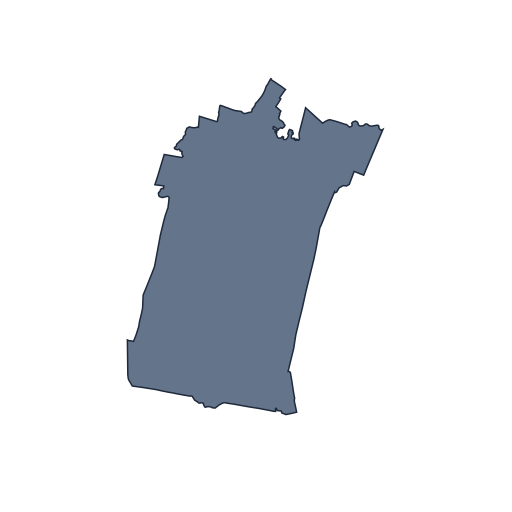 the district of Izvoru, Arges, Romania, rotated 135°
{"feature_id": "2599482B92103311949718", "entity_name": "Izvoru", "entity_type": "district", "adm_level": 2, "iso_a3": "ROU", "parent_name": "Romania", "parent_adm1": "Arges", "projection": "equal_earth", "projection_center": [25.054, 44.498], "detail": "fine", "context": "isolated", "style": "filled", "palette": "slate", "viewbox_px": 512, "rotation_deg": 135, "n_neighbors": 0, "source": "geoboundaries", "source_scale": "gbopen_adm2", "svg_char_len": 5953}
<svg xmlns="http://www.w3.org/2000/svg" viewBox="0 0 512 512"><g transform="rotate(135 256 256)"><path d="M249.1,392.7L269.0,382.0L277.1,377.9L271.6,370.7L273.8,369.1L274.7,370.3L276.2,370.6L278.3,369.6L279.1,369.5L279.6,369.8L280.7,369.4L282.2,367.1L282.1,365.9L281.0,363.7L279.8,362.8L278.4,362.0L276.5,360.9L275.9,359.8L276.2,358.4L277.0,358.1L278.7,356.6L284.6,352.0L285.0,352.0L291.7,348.7L296.1,346.2L308.7,338.5L323.1,328.6L334.6,320.7L336.3,319.8L340.1,318.1L353.3,312.4L361.7,308.9L363.2,308.3L363.4,308.2L373.1,299.3L378.0,296.1L381.8,293.8L384.6,292.1L389.2,288.8L396.8,284.9L403.0,282.2L404.3,284.3L405.9,286.3L406.3,287.6L429.9,263.4L431.0,262.2L432.4,260.4L432.9,259.8L433.4,258.9L434.0,257.0L434.1,256.6L435.4,251.5L429.4,243.6L421.4,232.6L417.3,226.2L415.8,224.0L414.6,222.1L411.1,217.2L410.4,216.0L405.1,208.3L401.7,203.5L401.1,203.3L400.8,203.0L400.6,202.5L400.3,201.4L400.7,200.5L400.7,200.1L401.3,197.4L400.9,195.8L400.7,194.5L400.5,194.2L400.5,192.8L400.3,192.4L400.1,192.0L399.4,191.4L398.6,191.1L398.1,190.6L397.9,190.2L397.4,188.9L398.1,188.2L399.0,185.5L398.6,184.7L397.7,184.4L395.9,182.9L394.4,180.7L394.3,179.8L394.0,179.3L392.3,177.3L390.7,177.2L389.0,176.9L387.9,176.9L384.0,175.7L382.2,174.8L379.2,170.6L376.7,167.3L368.3,155.2L361.7,146.1L356.5,138.5L353.4,133.8L352.0,132.2L350.0,134.4L349.6,134.3L349.4,133.7L350.1,132.0L349.9,131.1L348.9,129.9L347.7,128.7L348.3,127.7L348.7,126.9L348.6,126.1L347.9,125.1L347.7,124.3L347.1,122.9L346.6,122.7L346.5,122.4L342.2,119.6L337.7,116.8L333.5,123.2L332.6,124.8L330.7,127.2L329.4,127.9L325.9,133.0L319.1,142.2L314.0,149.4L314.1,150.1L314.3,151.3L314.9,151.7L308.7,155.5L294.5,164.1L283.6,172.1L271.1,179.8L260.1,186.4L245.6,195.7L217.2,212.9L208.8,218.4L201.3,223.6L194.5,228.3L194.2,228.5L191.8,230.2L190.5,231.0L188.8,231.5L182.3,234.2L174.0,237.9L164.8,241.8L163.4,242.4L155.4,245.7L155.8,245.1L153.8,244.2L149.0,245.4L144.5,244.1L142.5,241.5L139.4,240.7L126.8,246.4L122.7,237.0L117.5,239.2L76.6,255.8L78.6,256.4L78.8,258.8L78.2,260.2L77.4,260.7L77.2,262.0L78.2,263.1L80.5,264.7L82.6,266.2L83.8,267.9L84.0,270.4L85.1,271.9L88.2,272.3L90.6,274.5L90.9,276.5L90.1,277.5L89.6,279.0L90.2,281.1L92.7,282.3L94.5,282.2L95.4,280.4L97.0,280.2L98.8,281.1L99.0,284.1L99.0,284.9L99.5,285.5L100.7,287.7L100.9,288.2L103.5,293.3L105.5,296.9L107.5,300.3L108.8,301.0L109.3,301.3L111.7,302.1L115.0,302.9L116.1,325.8L117.3,325.0L138.6,312.4L140.0,311.1L142.9,307.6L143.2,307.9L143.4,308.0L143.6,307.9L143.9,307.9L144.1,308.0L144.3,308.0L144.4,308.4L144.4,308.5L144.2,308.9L144.2,309.0L144.3,309.1L144.7,308.9L144.9,308.9L145.0,309.0L144.9,309.2L144.8,309.5L144.6,309.6L144.6,309.8L144.9,309.8L145.5,309.8L145.8,309.7L146.1,309.7L146.2,309.9L146.2,310.1L146.0,310.4L145.8,310.7L145.7,310.8L145.9,311.0L146.1,311.0L146.5,310.9L146.6,311.0L146.7,311.3L146.5,311.5L146.2,311.7L145.8,311.6L145.6,311.8L145.6,312.3L146.0,312.6L146.7,313.0L147.2,313.5L147.6,314.2L146.8,315.4L145.6,316.0L144.6,316.3L143.7,316.0L143.3,316.1L142.6,316.8L142.6,317.0L143.2,317.5L143.1,317.9L142.8,318.1L142.4,318.1L141.9,318.3L141.7,318.5L141.7,319.2L141.8,319.9L142.3,320.1L142.6,321.6L143.9,321.6L147.2,319.8L147.3,319.4L147.3,318.4L150.3,317.2L152.4,317.2L154.1,318.9L153.8,320.0L153.0,320.2L152.4,320.6L152.4,320.8L152.8,320.9L153.1,321.2L153.0,321.9L153.3,321.9L154.9,321.8L156.8,323.5L156.7,324.9L155.8,327.3L155.0,328.4L155.0,329.8L154.7,330.5L154.0,330.7L153.7,330.7L153.8,330.3L154.3,329.9L154.3,329.5L154.1,329.3L154.1,328.9L154.2,328.6L153.8,328.9L153.9,329.1L153.8,329.8L153.5,329.9L153.4,329.9L153.1,329.8L152.9,329.6L152.7,329.7L152.8,330.0L152.9,330.4L152.9,330.5L153.0,330.5L153.2,330.4L153.3,330.5L153.4,330.8L153.1,331.3L153.1,331.8L153.3,332.2L153.3,332.7L153.8,333.3L154.0,333.9L153.9,334.1L153.4,334.2L152.6,334.8L152.5,335.1L151.9,335.0L151.3,332.0L151.2,331.4L151.5,329.9L151.3,329.4L150.6,329.8L150.1,329.8L149.7,329.5L149.3,329.4L149.0,329.5L148.7,329.4L148.2,329.2L147.7,329.2L147.5,328.8L147.4,328.4L147.4,327.9L147.1,327.8L147.0,327.7L146.5,327.8L146.2,327.7L145.9,327.4L145.2,327.5L144.8,327.4L143.2,327.8L143.1,328.0L142.9,328.7L142.9,329.6L142.4,330.6L142.3,330.9L142.3,331.5L142.2,332.7L142.6,333.9L142.6,334.4L142.8,334.7L142.9,335.1L142.9,335.6L142.8,336.2L142.5,337.2L142.4,337.4L142.2,337.5L142.1,337.8L140.4,338.5L140.4,338.8L140.2,338.9L139.9,339.0L139.4,339.2L138.9,339.3L138.7,339.5L138.7,340.1L138.1,340.2L137.1,340.5L136.4,340.6L136.0,340.8L135.9,341.0L136.0,341.7L136.1,343.3L136.1,344.8L136.2,345.7L136.3,346.7L136.5,347.5L136.4,347.6L132.2,348.4L128.8,349.2L127.4,349.6L127.5,349.8L127.7,351.0L127.4,351.3L126.4,351.4L119.5,352.6L117.4,352.8L117.7,354.5L118.3,358.6L120.7,370.5L120.0,370.6L120.1,370.9L121.1,370.7L125.6,369.4L126.7,369.0L127.9,369.0L128.9,368.7L132.8,366.8L135.4,365.9L136.8,365.5L139.0,364.9L145.1,364.3L145.6,364.1L147.5,364.3L147.9,364.1L148.7,364.1L150.2,363.1L153.7,362.6L154.9,362.6L156.0,361.6L157.0,361.3L158.1,361.3L159.4,362.5L162.0,363.8L163.5,365.0L163.8,365.5L164.0,366.1L164.1,367.3L164.1,368.4L164.1,368.5L168.0,373.7L169.1,375.8L169.5,376.6L171.6,381.3L172.8,383.7L172.8,383.9L172.9,384.2L174.5,387.5L174.9,387.8L175.2,387.8L175.6,387.6L177.3,386.4L179.5,384.7L181.1,383.8L181.8,382.7L182.2,382.2L183.3,381.4L183.5,381.5L183.8,381.3L185.0,380.6L185.7,380.3L186.3,379.9L188.1,378.5L189.0,379.2L197.2,394.8L205.8,387.7L206.3,388.6L208.1,389.6L209.4,390.8L210.6,392.4L211.1,392.9L211.4,393.9L212.0,394.5L214.5,395.2L215.3,395.0L216.2,394.3L216.5,394.2L217.7,394.0L218.2,393.7L219.2,392.7L219.4,392.3L219.7,392.0L220.1,391.8L220.7,391.7L222.2,391.8L223.3,391.5L224.3,390.9L225.0,390.6L225.6,390.5L226.3,390.7L226.9,391.0L228.7,391.1L233.1,391.1L234.6,390.1L235.5,390.1L236.9,390.4L237.4,390.0L237.7,389.3L237.0,387.5L236.4,386.6L235.3,386.1L234.8,385.6L234.7,385.2L235.4,384.1L234.4,382.1L235.7,381.3L236.6,379.8L236.7,379.0L237.0,378.7L237.2,378.0L238.7,378.0L242.1,382.7L249.1,392.7Z" fill="#64748b" stroke="#1e293b" stroke-width="1.5"/></g></svg>